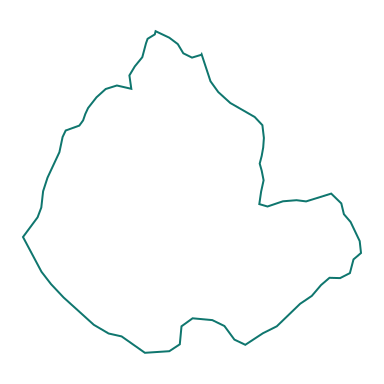 Miaoli, Equal Earth projection
{"feature_id": "TWN-1165", "entity_name": "Miaoli", "entity_type": "County", "adm_level": 1, "iso_a3": "TWN", "parent_name": "Taiwan", "parent_adm1": "", "projection": "equal_earth", "projection_center": [120.946, 24.52], "detail": "fine", "context": "isolated", "style": "outline", "palette": "teal", "viewbox_px": 384, "rotation_deg": 0, "n_neighbors": 0, "source": "natural_earth", "source_scale": "10m", "svg_char_len": 1014}
<svg xmlns="http://www.w3.org/2000/svg" viewBox="0 0 384 384"><path d="M23.0,237.0L37.6,217.3L41.3,207.5L43.1,191.3L47.5,177.7L59.4,152.2L62.6,137.0L65.7,130.5L79.3,125.6L83.1,120.4L85.3,114.0L88.1,108.0L96.5,97.3L105.7,89.0L116.9,85.5L131.3,88.8L129.4,75.4L134.8,66.4L142.3,57.2L146.0,43.3L147.6,38.8L154.8,34.4L155.6,31.2L169.3,37.7L177.8,44.1L183.3,53.3L192.0,57.6L201.3,54.8L201.6,54.3L210.5,81.3L218.3,92.1L230.3,103.0L254.7,117.0L262.4,125.2L263.9,138.0L263.2,147.5L261.7,155.9L259.7,163.6L261.7,170.7L263.6,180.3L261.1,191.7L259.3,204.1L267.5,206.5L282.9,201.3L296.5,200.2L306.1,201.4L331.2,193.6L341.3,203.4L343.9,214.2L350.6,222.0L359.7,241.1L361.0,253.0L353.5,259.4L349.9,273.1L340.1,278.1L329.5,277.8L321.0,285.1L311.8,295.9L300.1,303.8L276.8,326.3L263.0,333.2L245.3,344.8L234.4,339.6L224.4,326.0L212.3,320.1L192.6,318.3L181.5,326.3L179.8,344.3L169.3,351.2L144.9,352.8L121.6,336.4L108.6,333.5L93.8,324.8L63.6,297.5L51.0,284.1L41.5,271.8L23.0,237.0Z" fill="none" stroke="#0f766e" stroke-width="2"/></svg>